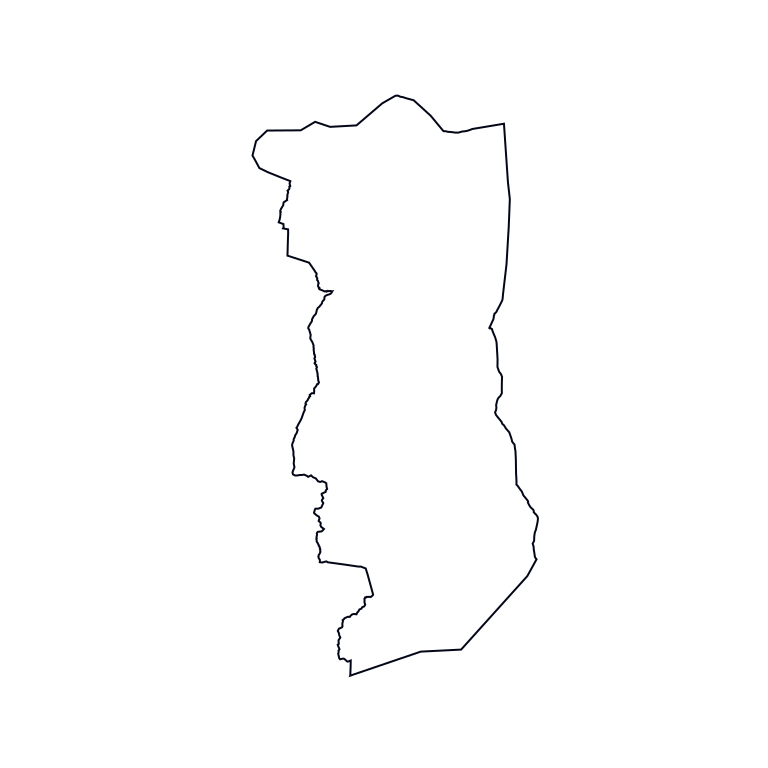 outline of Sagil, Uvs, Mongolia, rotated 290°
{"feature_id": "93677404B63603373870282", "entity_name": "Sagil", "entity_type": "district", "adm_level": 2, "iso_a3": "MNG", "parent_name": "Mongolia", "parent_adm1": "Uvs", "projection": "orthographic", "projection_center": [91.136, 50.315], "detail": "fine", "context": "isolated", "style": "outline", "palette": "ink", "viewbox_px": 768, "rotation_deg": 290, "n_neighbors": 0, "source": "geoboundaries", "source_scale": "gbopen_adm2", "svg_char_len": 6080}
<svg xmlns="http://www.w3.org/2000/svg" viewBox="0 0 768 768"><g transform="rotate(290 384 384)"><path d="M271.5,587.3L272.4,585.7L273.7,584.6L275.9,583.5L279.6,581.4L282.5,580.1L284.9,578.3L287.9,578.7L292.6,577.2L296.1,576.5L298.9,576.6L305.5,575.7L307.9,575.3L310.2,574.7L311.8,573.7L313.3,571.6L313.8,570.4L314.7,568.6L316.0,568.1L316.9,567.2L318.3,563.9L319.8,561.9L321.8,559.8L323.0,559.6L324.6,557.2L327.0,553.1L330.1,550.3L332.0,547.3L334.1,544.3L334.7,542.9L338.6,541.5L345.1,538.7L357.7,533.9L365.9,530.5L368.1,529.2L371.8,527.3L372.5,525.9L373.6,524.2L376.2,522.5L381.4,518.3L383.9,513.8L386.2,510.9L387.0,508.8L388.7,507.3L393.1,500.0L395.2,498.1L398.0,498.2L400.2,497.7L402.5,496.6L406.3,496.1L408.4,496.0L410.5,496.4L412.4,497.4L415.6,497.9L420.4,496.1L427.3,493.7L431.1,492.5L433.3,490.5L434.9,488.0L438.8,484.8L446.2,482.2L459.2,476.6L462.2,475.2L466.1,472.3L468.3,470.2L471.1,467.7L472.5,466.8L472.5,466.3L472.8,465.6L472.9,465.1L472.8,464.8L472.5,464.6L472.4,464.1L472.5,463.9L472.8,463.8L473.2,463.8L473.7,463.9L475.6,464.1L479.9,464.4L481.3,464.6L482.8,464.6L484.2,464.3L485.2,464.0L486.8,464.0L487.7,463.7L489.5,464.7L490.5,465.0L492.0,465.1L497.5,465.9L503.0,466.5L504.7,466.3L509.2,465.1L538.3,458.2L574.2,447.5L600.8,439.0L616.1,431.4L669.6,407.7L653.8,379.7L652.5,378.3L652.0,377.6L650.9,376.4L649.2,373.7L648.1,371.3L645.6,367.8L644.5,364.7L644.2,362.8L642.8,357.5L642.6,355.3L642.1,354.1L642.0,353.3L652.0,336.2L660.8,314.8L660.1,306.9L660.0,303.3L659.6,301.5L659.6,300.5L659.7,298.6L659.5,297.6L658.6,296.0L647.2,286.4L617.6,269.7L607.2,245.4L606.8,229.6L593.9,219.0L582.2,187.5L568.5,180.7L553.7,182.3L549.6,187.1L544.3,193.0L543.3,202.4L542.8,217.1L542.6,226.6L540.0,226.7L538.0,228.2L537.1,227.5L536.2,228.1L534.5,228.2L532.7,227.2L531.6,228.3L528.2,228.6L527.0,229.2L524.4,229.6L523.7,230.1L520.5,227.6L519.2,227.7L517.5,228.2L513.4,227.3L511.0,227.3L510.3,228.2L509.2,228.0L508.3,228.6L504.9,229.4L502.8,229.7L499.9,229.8L499.9,234.8L496.9,236.1L495.7,235.9L496.5,241.0L493.1,242.3L485.7,244.7L471.6,249.4L472.4,272.1L466.4,280.5L465.6,281.3L464.9,282.8L463.9,283.2L462.1,283.2L460.7,285.0L458.8,285.6L458.5,286.4L456.3,288.2L455.6,288.0L453.4,288.5L452.7,289.3L452.2,290.4L451.8,290.2L451.5,290.2L450.9,291.0L451.0,291.9L450.7,296.7L451.1,297.1L451.4,297.7L451.3,297.9L451.1,298.2L451.1,298.4L451.7,298.7L451.6,298.8L452.0,299.2L452.0,299.5L452.2,299.9L452.6,300.4L452.6,300.7L452.7,301.2L452.9,301.5L453.2,302.2L453.2,303.0L453.1,303.4L453.3,303.7L452.1,303.5L450.8,303.1L450.0,302.4L449.1,301.4L448.5,300.5L447.5,299.4L446.0,298.4L445.2,298.4L443.3,298.9L442.8,298.9L442.3,298.7L440.7,298.0L440.2,297.9L439.6,297.9L438.8,298.1L437.4,297.8L436.4,297.4L434.8,296.9L432.6,295.7L431.5,295.7L430.8,295.5L428.2,295.9L426.5,295.9L426.0,295.8L423.9,294.8L420.5,294.3L420.1,294.3L418.9,294.7L417.3,294.6L415.6,294.1L411.7,293.5L410.6,293.7L410.1,294.2L409.3,295.3L408.4,295.8L407.6,296.5L406.6,297.2L405.1,298.3L401.9,299.0L400.9,299.8L398.9,302.3L396.3,304.5L395.9,304.8L394.5,305.1L394.2,305.4L393.4,305.9L392.4,306.0L391.7,306.5L391.2,306.6L389.9,307.4L388.5,307.9L388.3,308.1L388.2,308.5L387.4,309.1L387.0,309.1L386.7,309.6L386.2,309.9L385.4,310.1L384.9,309.8L384.1,309.9L383.4,310.5L383.1,310.9L382.2,311.3L381.9,311.9L381.1,312.0L380.8,312.0L380.1,311.6L379.8,311.6L379.6,311.9L379.3,312.5L378.9,312.8L378.8,313.1L378.8,313.8L378.2,314.1L377.4,314.4L377.1,315.1L376.7,315.3L375.5,315.1L374.9,315.3L374.3,315.9L370.6,318.3L369.9,318.4L369.5,318.7L368.5,319.0L368.1,319.5L367.4,319.8L366.6,320.2L366.1,320.5L365.3,320.7L364.5,321.3L363.7,321.9L363.4,322.3L362.9,322.3L361.4,322.0L361.3,321.4L358.2,320.8L355.9,319.9L353.5,320.8L351.3,321.4L350.7,319.4L348.3,317.9L347.2,318.8L346.2,318.1L345.4,318.3L343.5,317.7L342.5,317.8L340.3,316.8L338.8,316.9L338.1,317.8L337.3,317.4L334.3,317.5L332.5,318.5L330.0,318.2L324.0,318.3L321.7,318.1L316.0,317.2L313.6,317.0L312.9,316.7L311.4,318.6L307.9,318.7L305.3,318.1L303.0,318.3L302.0,318.0L301.0,318.1L299.8,318.5L296.7,318.3L294.9,318.6L289.8,321.9L285.8,323.4L283.5,325.0L278.3,326.4L275.2,328.3L269.7,328.2L268.8,328.8L267.9,329.5L267.6,331.8L268.5,334.0L269.7,336.1L270.4,338.0L271.5,339.8L271.3,343.1L270.8,344.5L273.2,346.7L272.1,349.2L272.0,352.1L270.0,355.3L270.1,357.4L270.7,358.3L271.5,359.0L271.4,362.3L271.0,363.7L267.7,365.2L265.9,366.5L264.2,365.7L262.7,366.1L259.6,363.0L258.7,363.2L256.0,366.0L254.0,365.4L253.0,365.5L251.3,367.7L248.1,367.4L246.5,367.3L244.4,364.9L243.4,362.2L242.1,362.0L239.0,362.3L238.6,362.8L237.5,365.8L237.1,368.1L235.7,369.4L233.0,369.4L232.0,371.8L231.2,372.3L229.6,372.5L228.3,373.7L227.2,377.2L224.5,376.0L223.8,375.2L222.5,372.5L221.7,372.0L220.5,372.0L219.9,372.4L219.5,372.5L219.1,372.7L217.7,372.8L217.3,373.0L216.8,373.0L215.9,373.6L215.6,373.5L215.3,373.6L215.0,373.5L213.5,374.5L213.0,374.6L212.2,375.5L212.0,376.0L211.1,376.8L210.4,377.7L209.5,378.1L209.3,378.8L208.4,379.6L208.1,379.6L207.9,379.8L207.7,379.9L207.5,380.2L207.1,380.2L206.7,380.8L206.0,380.8L205.6,381.1L205.0,381.3L204.8,381.5L204.4,381.5L204.1,381.7L203.2,381.6L202.6,381.6L201.4,381.2L199.7,381.3L199.6,381.5L199.2,381.5L198.4,381.9L197.8,382.5L197.0,383.7L195.8,384.3L194.6,384.6L195.1,386.9L196.3,388.7L197.2,389.8L197.6,390.7L197.2,392.0L200.9,409.0L203.6,422.1L204.5,424.8L204.4,429.9L199.3,433.8L182.4,445.8L181.3,445.6L179.2,444.3L179.0,443.1L178.1,440.9L178.0,440.3L176.9,439.9L176.9,439.3L175.3,439.1L173.7,439.9L172.5,440.1L170.2,441.8L168.3,441.5L166.8,439.9L165.2,439.6L163.7,438.0L161.5,437.7L160.0,437.0L158.2,436.9L157.5,434.1L156.6,432.9L154.7,431.8L153.5,431.6L152.8,429.5L150.4,427.0L149.5,426.9L148.0,425.9L147.3,426.5L144.6,426.8L143.1,427.4L142.1,427.9L140.9,427.7L138.7,425.4L136.2,425.0L135.5,425.7L135.0,426.4L132.3,428.1L130.8,429.7L128.0,429.0L126.8,429.2L124.3,430.4L123.1,429.7L119.5,432.9L117.9,432.5L116.4,433.1L114.9,433.2L110.9,435.8L110.3,436.9L112.0,439.5L112.1,440.7L111.3,442.8L110.7,444.1L110.8,445.1L112.8,447.3L107.3,449.2L98.6,452.0L98.4,452.0L145.1,510.1L160.8,547.3L252.6,584.4L271.5,587.3Z" fill="none" stroke="#020617" stroke-width="2"/></g></svg>